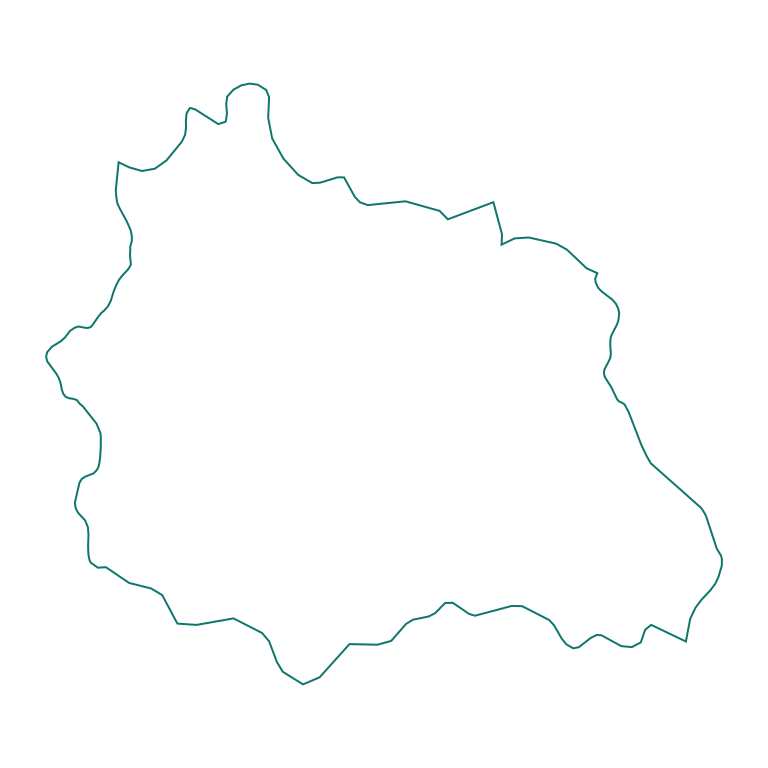 outline of Puy-de-Dôme
{"feature_id": "FRA-5335", "entity_name": "Puy-de-Dôme", "entity_type": "Metropolitan department", "adm_level": 1, "iso_a3": "FRA", "parent_name": "France", "parent_adm1": "", "projection": "mercator", "projection_center": [3.052, 45.776], "detail": "fine", "context": "isolated", "style": "outline", "palette": "teal", "viewbox_px": 768, "rotation_deg": 0, "n_neighbors": 0, "source": "natural_earth", "source_scale": "10m", "svg_char_len": 2508}
<svg xmlns="http://www.w3.org/2000/svg" viewBox="0 0 768 768"><path d="M249.8,83.6L257.8,84.7L266.1,89.9L269.1,97.2L268.2,118.0L272.2,138.5L283.5,158.7L298.2,174.9L312.3,183.1L320.1,182.7L337.6,177.3L344.1,177.4L354.7,196.7L359.9,202.3L367.9,205.1L405.4,201.3L439.6,210.9L447.8,219.3L493.4,202.2L502.0,234.3L501.6,244.6L514.7,238.4L528.7,237.5L556.4,243.7L567.1,249.8L586.6,268.3L597.3,273.2L595.2,278.6L595.6,282.4L598.2,287.8L601.5,291.3L612.5,299.8L615.9,303.8L618.2,308.5L619.2,313.4L618.4,320.0L617.1,324.3L611.8,334.5L610.8,337.2L610.5,339.5L610.3,342.6L610.3,346.5L610.7,350.6L610.8,354.7L610.1,358.5L604.4,369.6L603.9,373.2L604.8,376.9L611.2,387.1L617.2,399.4L618.9,401.4L621.5,402.4L624.5,404.4L628.5,411.7L641.3,444.8L646.4,455.6L650.8,463.3L701.0,507.8L703.8,511.9L706.0,515.9L716.8,548.7L721.2,556.0L721.9,559.7L721.8,565.7L718.5,576.8L715.2,583.9L709.9,590.8L701.7,599.5L695.6,607.5L690.2,618.8L685.9,641.5L651.2,624.9L645.2,629.7L640.8,642.4L631.9,647.1L621.2,646.1L601.5,635.3L596.9,634.9L590.8,637.9L578.8,647.2L573.2,648.3L566.3,644.3L561.7,638.6L553.9,625.1L549.2,620.0L522.2,606.2L511.9,605.9L475.0,615.7L469.2,614.0L452.8,602.8L445.1,603.0L435.1,613.2L428.6,616.5L412.9,619.7L406.2,623.8L391.2,640.9L377.5,644.7L349.5,644.1L319.6,677.3L303.0,684.4L282.8,671.8L276.9,662.0L269.1,641.3L262.1,633.0L233.5,618.4L196.6,624.9L177.4,623.6L162.2,595.1L151.2,588.5L129.0,582.9L105.9,567.2L97.9,567.7L90.9,562.8L89.6,560.4L88.4,554.3L88.1,545.6L88.5,534.3L87.9,527.2L85.1,520.4L78.0,512.7L75.7,508.2L74.8,503.0L79.5,482.6L81.8,478.9L85.1,476.7L93.5,473.4L96.1,470.9L97.7,468.4L98.7,466.2L99.3,463.2L100.2,457.0L100.8,446.2L100.8,437.2L100.5,433.3L96.5,423.6L85.5,409.7L83.1,406.6L79.6,403.6L77.4,400.7L76.6,399.9L72.5,398.7L69.2,398.3L65.8,396.9L63.4,394.0L62.0,390.2L60.3,382.1L58.7,377.9L56.5,373.9L47.3,361.5L46.1,356.8L47.1,352.3L51.8,346.8L60.7,341.3L65.0,337.5L70.0,330.9L74.4,327.9L78.4,326.5L86.5,328.0L89.0,327.7L90.5,327.1L92.3,325.3L98.4,316.5L101.1,313.2L104.3,310.4L107.9,306.4L110.8,300.8L113.8,291.0L116.4,284.9L119.0,279.8L122.2,275.7L128.6,268.8L130.9,264.5L130.0,255.5L130.3,249.7L130.2,246.9L131.9,240.5L131.8,235.9L130.6,230.0L126.8,221.4L119.5,208.0L117.3,203.2L116.2,195.9L115.8,190.3L118.6,162.3L129.3,167.4L142.0,171.0L154.8,168.7L166.4,160.5L181.8,141.7L185.1,134.8L186.0,127.9L185.9,120.3L186.6,113.3L189.9,108.0L195.0,109.3L218.3,124.1L225.7,121.7L227.0,113.7L226.2,104.0L227.2,96.6L233.5,89.6L241.4,85.3L249.8,83.6Z" fill="none" stroke="#0f766e" stroke-width="2"/></svg>